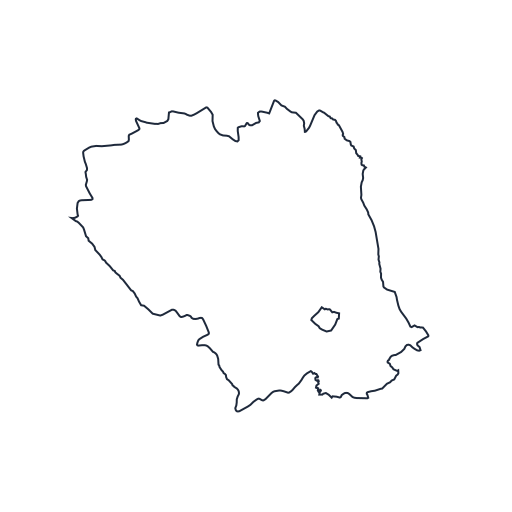 Bulungu, Bandundu, Democratic Republic of the Congo (Mercator projection), rotated 330°
{"feature_id": "63176286B11990771214401", "entity_name": "Bulungu", "entity_type": "district", "adm_level": 2, "iso_a3": "COD", "parent_name": "Democratic Republic of the Congo", "parent_adm1": "Bandundu", "projection": "mercator", "projection_center": [18.692, -4.697], "detail": "fine", "context": "isolated", "style": "outline", "palette": "slate", "viewbox_px": 512, "rotation_deg": 330, "n_neighbors": 0, "source": "geoboundaries", "source_scale": "gbopen_adm2", "svg_char_len": 6116}
<svg xmlns="http://www.w3.org/2000/svg" viewBox="0 0 512 512"><g transform="rotate(330 256 256)"><path d="M115.3,130.9L117.4,135.7L118.4,136.8L119.1,138.6L120.6,144.8L120.3,147.0L118.7,153.9L119.6,156.7L118.7,159.1L120.3,163.5L120.7,167.4L119.8,170.5L121.3,176.7L121.6,179.7L121.4,182.2L122.6,184.0L122.9,185.2L122.8,186.7L124.3,191.7L125.1,197.0L126.2,198.4L126.0,199.8L126.7,201.8L128.0,204.9L127.8,207.1L128.9,210.1L130.7,223.3L131.8,224.8L132.2,227.8L131.9,231.3L132.3,233.3L131.9,236.9L131.9,241.2L134.2,243.1L136.1,248.4L137.7,254.3L143.3,259.7L145.8,260.2L156.3,260.5L157.6,261.2L158.3,262.0L159.0,263.2L159.3,265.3L159.8,270.0L160.5,271.3L161.0,271.6L162.8,272.1L165.0,272.4L166.4,272.4L167.2,272.9L168.8,274.8L169.3,275.9L169.3,277.4L170.3,279.1L172.3,280.4L174.5,281.2L175.9,281.4L177.4,282.0L178.3,282.8L178.4,283.3L178.5,284.7L177.9,291.8L176.9,298.6L176.3,299.7L174.9,300.0L169.8,299.5L165.5,299.7L164.3,300.0L163.2,300.7L161.9,301.8L160.6,303.2L160.6,304.0L161.1,304.7L164.5,306.2L167.0,307.6L168.1,308.6L169.0,309.9L169.9,312.7L170.8,317.5L171.6,318.5L172.3,320.1L172.6,321.5L172.6,322.8L171.8,326.2L169.2,331.4L169.4,332.4L168.9,334.0L169.1,337.6L169.6,339.7L169.4,341.3L170.1,342.5L170.4,344.1L169.6,345.9L169.3,348.2L170.2,349.9L171.3,355.0L171.0,356.4L171.6,357.4L171.7,358.4L173.2,361.2L173.5,363.0L173.4,364.5L172.7,366.3L171.9,367.2L169.9,368.5L167.7,370.5L166.0,373.3L164.2,375.6L162.0,377.4L161.5,379.1L161.5,380.0L161.8,380.9L162.6,381.6L164.0,382.1L173.6,382.3L176.7,382.1L180.9,381.0L184.8,380.6L186.7,380.7L187.5,381.3L188.0,382.0L188.9,383.6L189.6,384.4L190.3,384.8L192.7,384.7L201.0,382.4L203.0,382.2L204.4,382.4L208.9,384.1L210.3,385.0L212.4,387.0L215.3,390.3L216.2,390.8L218.7,390.7L220.6,390.3L224.2,389.0L227.1,388.3L229.3,387.9L233.2,386.2L235.9,384.7L238.1,383.7L241.6,383.1L245.9,383.1L246.4,384.3L246.6,386.5L248.1,386.6L248.5,387.9L249.3,388.4L249.4,391.5L248.7,392.0L247.9,391.2L247.0,391.1L246.3,391.4L245.6,393.0L246.2,394.3L247.6,394.5L247.9,394.9L247.7,395.9L246.8,396.2L246.4,398.0L243.6,398.4L242.1,400.0L242.5,400.6L243.4,401.0L243.7,401.7L242.3,403.3L242.3,404.5L244.7,403.9L245.0,404.4L244.9,405.0L242.8,406.0L241.5,407.7L244.2,409.2L245.4,408.9L248.0,409.6L249.6,412.5L250.7,416.5L252.1,415.8L255.4,418.1L257.8,420.5L259.0,420.5L260.7,419.3L263.0,419.1L264.3,419.1L265.6,419.6L266.9,420.5L267.8,422.2L269.1,426.4L270.3,427.9L272.1,429.3L281.3,434.9L282.3,434.9L283.0,432.2L283.0,430.7L283.7,429.8L284.9,429.8L288.1,430.7L291.6,432.1L297.4,433.3L299.0,433.9L305.5,432.1L309.0,432.4L311.2,431.7L314.0,432.0L317.6,429.7L319.4,429.5L320.7,428.7L322.0,426.1L320.9,426.1L320.5,425.7L318.4,422.8L318.3,420.6L317.5,418.6L318.0,416.2L316.8,414.1L317.0,413.4L317.9,412.6L319.5,412.4L320.0,411.8L322.3,410.6L323.9,410.4L326.1,410.9L327.5,411.6L333.7,411.7L338.0,410.6L340.2,409.0L342.2,408.5L343.8,409.1L345.0,410.5L345.8,413.3L346.9,415.7L348.4,418.3L349.9,419.6L351.4,419.8L352.1,416.7L351.2,414.1L351.5,412.7L352.3,411.9L359.4,411.5L365.0,411.7L365.6,410.9L365.5,406.3L364.8,401.5L363.0,400.2L362.5,400.1L361.7,399.0L360.3,398.4L358.6,395.4L355.2,395.4L354.4,394.3L354.8,390.1L354.8,385.3L353.8,376.8L353.8,373.8L354.5,370.1L356.2,364.4L357.2,361.8L358.2,356.5L352.7,350.6L351.1,347.2L351.1,346.1L353.1,341.9L353.0,339.4L353.4,337.3L355.5,333.8L355.8,331.8L357.5,329.3L358.8,324.5L359.7,323.2L360.3,320.4L362.2,317.7L362.7,315.8L365.6,311.1L371.6,295.0L373.1,289.3L374.0,282.8L374.1,276.1L374.9,274.4L375.2,271.0L375.0,266.5L375.5,263.4L375.6,259.5L376.0,258.1L377.8,255.8L381.5,248.4L384.4,245.0L386.3,243.7L387.8,242.0L389.4,238.3L391.6,235.7L392.7,235.0L394.1,234.7L395.4,234.3L394.5,232.8L394.7,231.5L393.4,230.5L393.1,229.7L393.8,228.1L394.8,227.1L395.6,224.9L396.7,224.2L396.5,223.5L395.1,222.7L396.0,221.7L394.5,220.4L394.6,219.3L394.2,217.1L395.4,214.2L394.8,212.0L395.3,210.0L393.8,208.0L393.8,207.0L394.8,204.4L394.4,203.2L392.5,201.3L391.4,198.8L392.0,197.2L391.3,195.3L391.6,194.5L392.5,193.9L393.0,191.8L393.2,184.2L392.5,183.1L392.7,181.8L392.4,180.9L392.8,179.0L392.5,177.6L391.0,176.3L390.7,174.9L389.6,174.0L389.6,172.1L388.6,171.1L386.6,165.9L386.0,165.2L384.3,162.2L383.5,161.5L381.3,161.5L377.1,163.3L367.9,170.3L366.0,171.5L361.9,173.1L361.0,173.2L360.4,172.9L361.7,170.2L362.5,167.2L364.1,165.1L364.9,162.7L364.8,161.0L362.2,151.9L358.9,149.5L358.1,148.2L356.3,143.9L355.7,141.2L353.3,138.3L352.2,133.8L350.7,131.1L349.9,130.5L349.2,130.7L338.7,139.1L337.4,137.6L333.2,133.8L331.6,132.8L330.7,132.8L329.3,133.0L328.7,134.1L327.9,136.0L326.8,141.0L325.2,141.7L322.7,140.8L317.9,140.8L316.2,139.8L315.6,139.0L315.2,136.7L314.4,136.3L311.5,137.9L310.8,137.9L308.3,136.4L305.1,135.7L304.3,135.9L302.7,138.6L300.4,144.3L298.9,147.0L297.2,147.5L295.6,146.1L294.1,143.1L292.5,138.8L290.8,137.2L287.7,135.1L285.6,132.6L284.9,130.9L284.3,128.1L284.0,125.6L284.3,122.6L285.8,117.4L289.1,112.0L289.1,108.8L288.3,104.3L288.1,103.2L287.2,102.4L276.0,102.7L273.1,102.6L270.1,102.2L268.6,101.2L266.7,98.9L266.2,97.9L265.2,96.7L260.6,93.2L256.6,89.4L255.4,88.6L253.1,88.4L252.4,88.2L248.5,93.7L246.7,94.7L242.5,94.6L239.7,93.2L237.3,92.7L234.2,90.8L227.9,85.8L227.3,85.0L224.0,81.7L223.1,80.3L221.5,77.2L220.6,77.1L220.1,77.7L219.6,79.2L218.9,87.1L218.4,87.8L217.2,88.1L215.5,88.1L209.4,87.9L206.9,87.6L205.8,88.4L204.0,91.8L203.0,92.8L200.7,93.0L198.4,92.9L196.5,92.6L194.9,92.1L189.0,89.0L185.7,87.7L177.3,83.8L172.7,80.8L168.1,79.0L165.8,78.7L160.7,78.8L159.5,78.9L158.5,79.4L157.9,80.2L156.5,83.5L154.9,88.9L154.6,91.2L153.6,95.4L152.6,97.0L150.3,98.0L149.5,100.2L148.5,102.5L147.8,105.6L146.9,106.7L144.2,109.3L143.7,110.6L143.3,118.5L143.4,124.1L142.8,125.0L141.6,125.0L140.6,124.6L132.6,120.4L131.0,119.9L129.9,119.9L128.0,120.9L124.6,125.4L122.3,130.8L122.0,132.2L121.2,132.5L118.4,132.4L116.1,131.5L115.3,130.9ZM279.4,356.7L276.5,352.9L275.1,350.4L275.1,348.1L273.4,344.4L271.9,339.1L273.3,337.8L276.7,336.9L281.9,335.8L287.3,333.3L288.9,336.6L290.1,336.6L291.3,338.1L292.8,338.7L293.3,339.3L293.9,342.9L295.6,343.4L297.3,345.4L299.3,347.2L296.4,351.6L294.9,351.3L290.3,355.0L283.8,358.1L279.4,356.7Z" fill="none" stroke="#1e293b" stroke-width="2"/></g></svg>